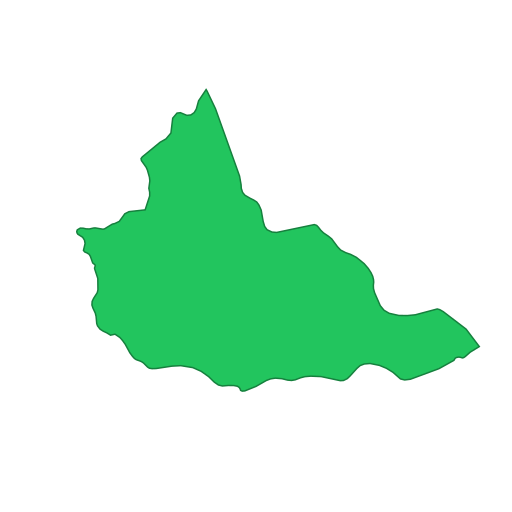 the Region of Anseba, rotated 338°
{"feature_id": "ERI-1563", "entity_name": "Anseba", "entity_type": "Region", "adm_level": 1, "iso_a3": "ERI", "parent_name": "Eritrea", "parent_adm1": "", "projection": "mercator", "projection_center": [37.716, 16.542], "detail": "fine", "context": "isolated", "style": "filled", "palette": "green", "viewbox_px": 512, "rotation_deg": 338, "n_neighbors": 0, "source": "natural_earth", "source_scale": "10m", "svg_char_len": 2408}
<svg xmlns="http://www.w3.org/2000/svg" viewBox="0 0 512 512"><g transform="rotate(338 256 256)"><path d="M248.4,100.8L252.4,99.9L255.7,97.4L260.9,90.6L272.1,83.0L272.4,84.8L273.6,104.3L270.7,175.7L268.9,184.2L267.7,187.8L267.4,192.0L268.5,195.5L272.2,200.3L274.8,203.2L276.9,206.2L277.8,209.8L278.0,215.4L275.6,226.6L275.1,231.8L276.1,235.8L279.8,239.8L284.0,241.9L321.8,248.7L323.7,250.3L324.7,252.8L325.7,256.4L327.2,259.8L330.5,264.7L332.6,268.5L335.0,277.8L336.7,282.2L340.4,286.5L344.3,289.9L348.6,294.9L353.4,303.6L355.4,309.5L356.4,314.6L356.6,318.6L356.1,322.0L355.3,324.4L353.8,327.2L352.7,330.3L352.2,334.5L352.6,348.6L354.4,354.3L358.0,359.0L366.1,364.6L373.9,367.9L381.7,370.2L404.2,373.0L406.3,374.6L408.8,377.8L423.4,402.5L429.1,423.6L418.6,425.4L412.4,427.6L410.5,428.0L409.2,427.8L407.3,426.3L406.0,425.6L403.8,425.2L402.4,425.4L400.4,426.9L383.4,429.0L353.0,428.1L347.4,426.6L343.9,424.1L339.4,415.1L334.9,409.0L329.4,403.6L321.5,398.4L316.0,396.7L311.5,396.6L307.5,398.0L298.2,402.5L294.7,403.9L290.5,404.2L287.5,403.2L271.2,392.2L261.7,387.9L256.2,386.2L251.8,385.6L246.0,385.5L242.3,384.7L238.8,382.9L234.1,379.5L228.2,376.5L223.5,375.4L218.9,375.3L207.2,376.9L195.1,376.9L192.6,376.1L191.4,374.8L191.5,373.2L191.2,371.6L190.0,369.8L186.9,367.8L181.9,365.7L176.1,363.9L172.8,361.5L170.1,357.4L166.9,350.1L161.9,342.3L155.6,335.8L145.2,329.5L136.7,326.6L121.2,322.9L117.4,321.5L115.1,320.1L113.9,318.4L111.6,313.0L110.2,311.0L108.8,309.6L107.4,308.4L106.1,307.2L104.9,305.5L103.9,302.8L102.8,298.5L101.7,288.9L100.6,284.3L99.3,280.6L96.0,275.7L91.4,274.9L91.2,274.5L88.8,271.3L86.2,268.5L84.0,265.4L82.9,261.4L83.0,259.0L85.1,252.1L85.6,248.7L85.3,243.1L85.5,240.0L87.1,236.7L89.6,234.4L95.1,230.5L96.8,228.1L100.9,217.6L101.6,207.3L101.9,206.5L103.1,205.1L103.4,204.4L103.2,203.4L102.2,201.8L102.0,201.1L102.3,194.2L101.9,191.9L100.4,189.8L98.7,188.1L98.1,186.2L102.2,180.4L102.9,177.0L102.3,173.7L99.0,169.1L98.7,167.5L99.0,166.1L100.1,164.8L103.5,164.3L106.2,165.5L108.7,167.2L111.6,168.5L115.9,169.2L117.6,169.8L124.1,173.8L125.7,174.1L134.7,172.6L137.2,173.0L142.2,172.7L150.2,167.7L154.9,167.3L170.5,171.7L179.9,160.5L181.3,157.0L182.0,153.1L185.7,146.6L186.7,143.0L187.5,135.7L187.4,132.6L185.5,124.6L185.9,122.6L187.7,121.5L209.7,114.6L216.4,113.7L223.2,110.1L230.4,97.0L236.3,93.9L239.6,94.8L244.6,99.7L248.4,100.8Z" fill="#22c55e" stroke="#15803d" stroke-width="1.5"/></g></svg>